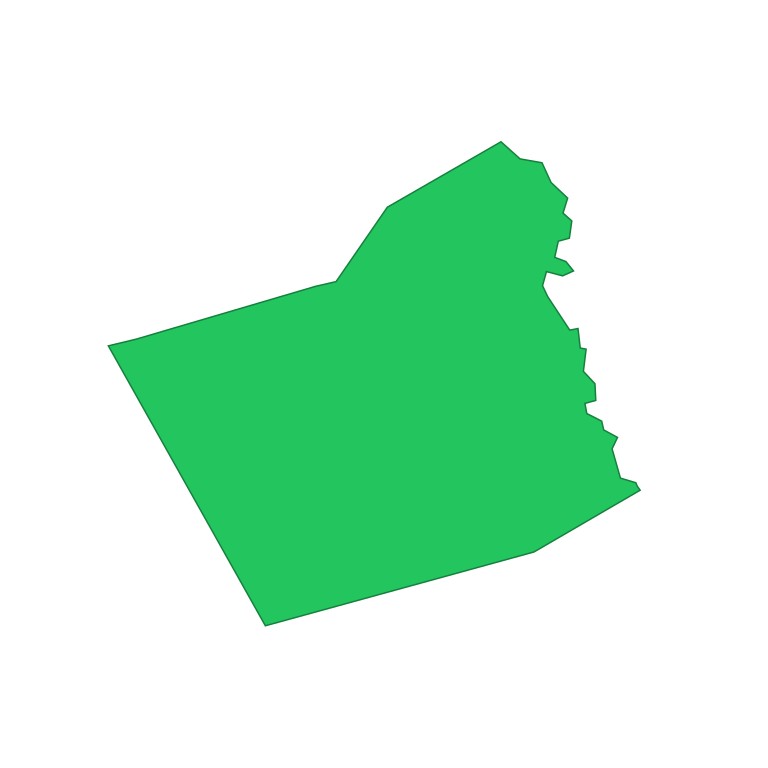 outline of Wharton, Texas, United States of America, rotated 16°
{"feature_id": "52423323B28004932041096", "entity_name": "Wharton", "entity_type": "district", "adm_level": 2, "iso_a3": "USA", "parent_name": "United States of America", "parent_adm1": "Texas", "projection": "albers", "projection_center": [-96.061, 29.299], "detail": "fine", "context": "isolated", "style": "filled", "palette": "green", "viewbox_px": 768, "rotation_deg": 16, "n_neighbors": 0, "source": "geoboundaries", "source_scale": "gbopen_adm2", "svg_char_len": 674}
<svg xmlns="http://www.w3.org/2000/svg" viewBox="0 0 768 768"><g transform="rotate(16 384 384)"><path d="M336.6,649.1L574.5,504.1L637.4,438.5L659.5,415.5L655.6,412.4L653.3,409.5L637.2,409.3L621.1,383.4L623.2,371.0L607.9,367.6L603.5,359.7L587.1,356.5L582.5,347.3L592.1,341.4L586.7,325.6L572.2,316.9L568.7,294.8L562.7,295.3L555.2,277.2L547.7,281.0L517.3,254.9L509.3,245.8L509.2,231.2L525.9,230.8L535.0,223.1L525.2,216.2L513.2,215.2L512.2,198.7L522.0,192.7L519.6,175.5L509.0,170.4L509.3,154.7L489.1,144.3L474.9,127.8L452.7,130.1L429.7,118.9L338.5,213.1L309.7,298.8L291.4,308.9L133.4,409.2L108.5,423.3L336.6,649.1Z" fill="#22c55e" stroke="#15803d" stroke-width="1.5"/></g></svg>